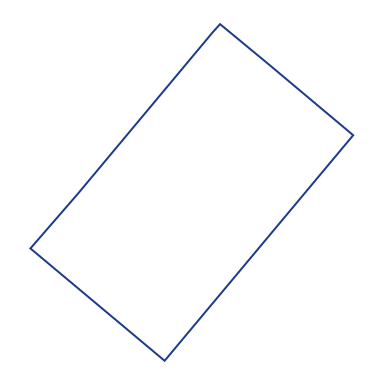 McMullen, Texas, United States of America (Equal Earth projection), rotated 40°
{"feature_id": "52423323B61214192740744", "entity_name": "McMullen", "entity_type": "district", "adm_level": 2, "iso_a3": "USA", "parent_name": "United States of America", "parent_adm1": "Texas", "projection": "equal_earth", "projection_center": [-98.627, 28.353], "detail": "fine", "context": "isolated", "style": "outline", "palette": "blue", "viewbox_px": 384, "rotation_deg": 40, "n_neighbors": 0, "source": "geoboundaries", "source_scale": "gbopen_adm2", "svg_char_len": 267}
<svg xmlns="http://www.w3.org/2000/svg" viewBox="0 0 384 384"><g transform="rotate(40 192 192)"><path d="M105.6,45.4L105.2,56.4L105.7,266.9L104.5,339.1L279.5,338.9L279.0,62.6L279.0,44.9L168.3,44.9L105.6,45.4Z" fill="none" stroke="#1e3a8a" stroke-width="2"/></g></svg>